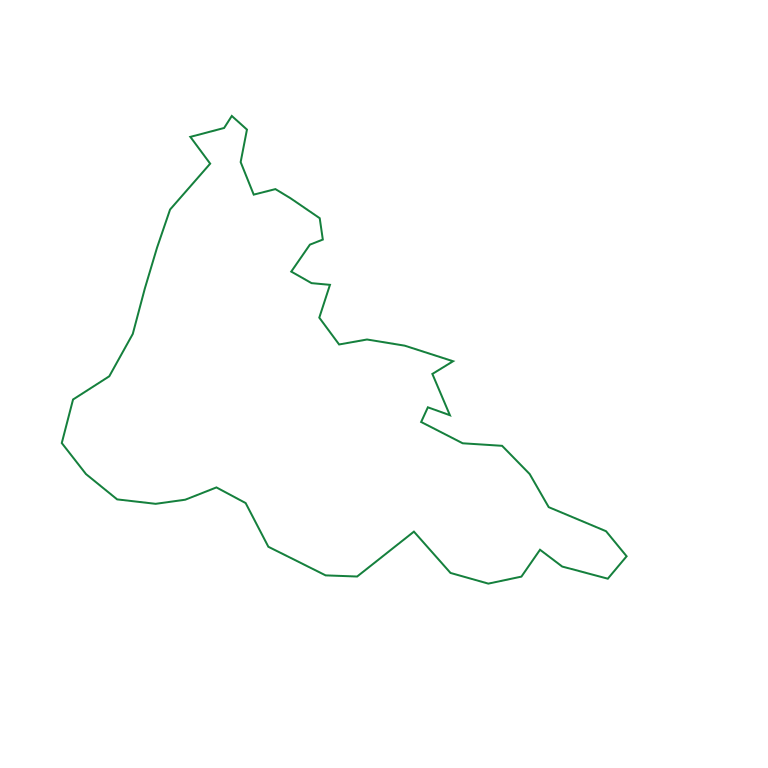 outline of Turakurgan, Namangan, Uzbekistan, rotated 110°
{"feature_id": "79887680B29549243080653", "entity_name": "Turakurgan", "entity_type": "district", "adm_level": 2, "iso_a3": "UZB", "parent_name": "Uzbekistan", "parent_adm1": "Namangan", "projection": "natural_earth1", "projection_center": [71.419, 40.997], "detail": "fine", "context": "isolated", "style": "outline", "palette": "green", "viewbox_px": 768, "rotation_deg": 110, "n_neighbors": 0, "source": "geoboundaries", "source_scale": "gbopen_adm2", "svg_char_len": 813}
<svg xmlns="http://www.w3.org/2000/svg" viewBox="0 0 768 768"><g transform="rotate(110 384 384)"><path d="M549.7,666.6L570.6,633.2L583.7,595.3L574.7,557.6L560.7,531.2L538.5,506.1L543.2,473.3L576.5,437.0L583.8,373.4L574.1,343.4L512.5,305.4L538.8,256.9L535.9,217.7L518.0,189.0L486.4,180.7L494.6,154.1L490.4,107.1L462.9,97.1L446.4,125.0L443.4,187.1L418.8,216.3L401.7,251.9L412.8,289.8L407.0,336.1L390.9,334.8L390.8,311.4L358.0,342.0L339.0,326.9L340.9,377.7L348.0,415.2L362.2,439.7L343.8,467.5L309.3,468.7L314.0,486.6L310.1,509.6L278.4,501.3L269.2,490.9L250.2,501.1L241.4,535.5L238.0,552.7L250.6,571.2L224.5,594.6L191.8,599.8L184.2,618.7L198.1,621.8L218.0,650.5L236.4,622.7L293.2,644.7L333.6,643.9L376.1,641.4L422.9,637.2L470.7,644.8L504.9,670.9L549.7,666.6Z" fill="none" stroke="#15803d" stroke-width="2"/></g></svg>